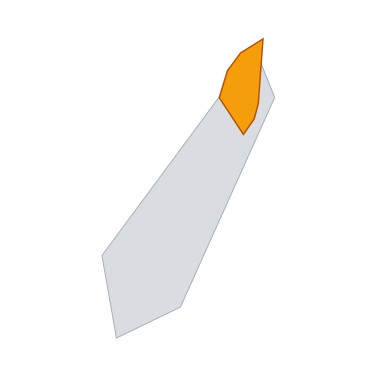 West End on a map of Anguilla (Natural Earth projection), rotated 147°
{"feature_id": "AIA-5127", "entity_name": "West End", "entity_type": "District", "adm_level": 1, "iso_a3": "AIA", "parent_name": "Anguilla", "parent_adm1": "", "projection": "natural_earth1", "projection_center": [-63.137, 18.189], "detail": "fine", "context": "in_parent", "style": "filled", "palette": "amber", "viewbox_px": 384, "rotation_deg": 147, "n_neighbors": 0, "source": "natural_earth", "source_scale": "10m", "svg_char_len": 394}
<svg xmlns="http://www.w3.org/2000/svg" viewBox="0 0 384 384"><g transform="rotate(147 192 192)"><path d="M302.1,187.8L61.0,278.0L71.1,226.3L264.4,101.8L334.9,110.7L302.1,187.8Z" fill="#d9dde1" stroke="#a8b0b8" stroke-width="1"/><path d="M117.8,256.2L96.2,274.4L75.4,282.2L49.1,281.7L88.2,230.1L99.9,219.5L117.5,212.3L117.8,256.2Z" fill="#f59e0b" stroke="#b45309" stroke-width="1.5"/></g></svg>